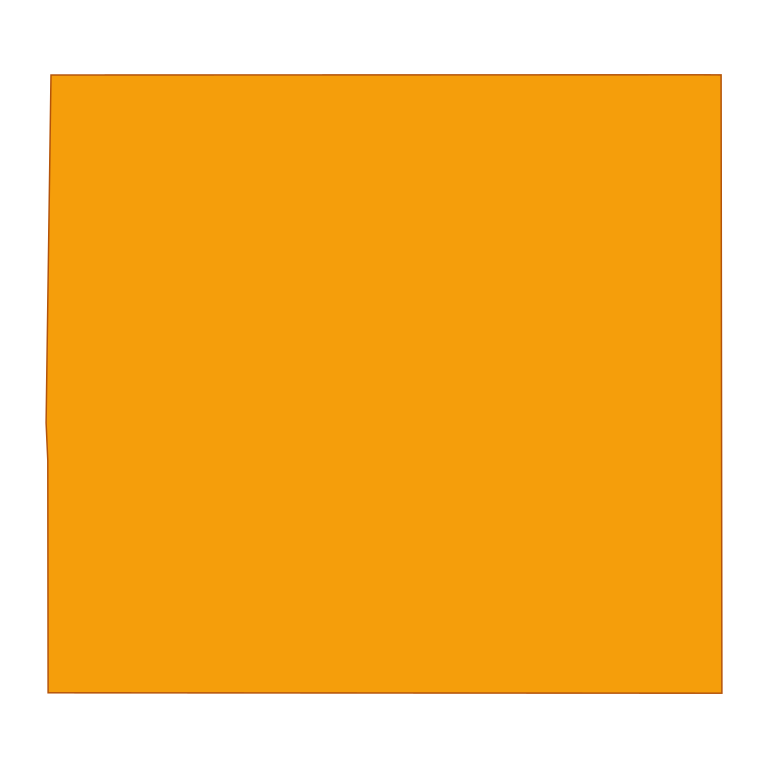 Logan, Nebraska, United States of America
{"feature_id": "52423323B8121394527401", "entity_name": "Logan", "entity_type": "district", "adm_level": 2, "iso_a3": "USA", "parent_name": "United States of America", "parent_adm1": "Nebraska", "projection": "robinson", "projection_center": [-100.486, 41.567], "detail": "fine", "context": "isolated", "style": "filled", "palette": "amber", "viewbox_px": 768, "rotation_deg": 0, "n_neighbors": 0, "source": "geoboundaries", "source_scale": "gbopen_adm2", "svg_char_len": 220}
<svg xmlns="http://www.w3.org/2000/svg" viewBox="0 0 768 768"><path d="M700.3,74.8L51.0,75.0L46.1,422.8L47.8,460.8L48.1,692.8L721.9,693.2L721.1,74.9L700.3,74.8Z" fill="#f59e0b" stroke="#b45309" stroke-width="1.5"/></svg>